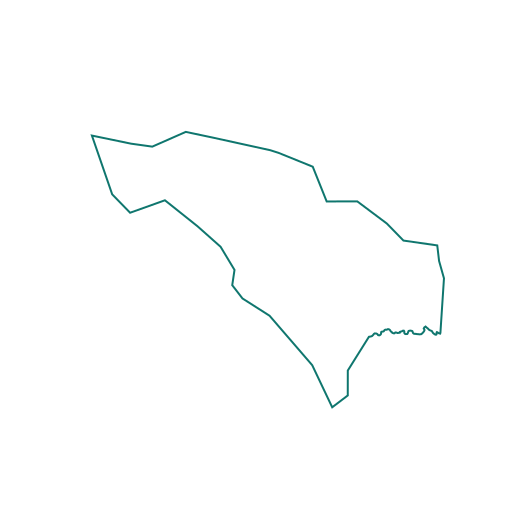 the district of Xujirt, Övörhangay, Mongolia, rotated 205°
{"feature_id": "93677404B44438011244010", "entity_name": "Xujirt", "entity_type": "district", "adm_level": 2, "iso_a3": "MNG", "parent_name": "Mongolia", "parent_adm1": "Övörhangay", "projection": "natural_earth1", "projection_center": [102.533, 46.906], "detail": "fine", "context": "isolated", "style": "outline", "palette": "teal", "viewbox_px": 512, "rotation_deg": 205, "n_neighbors": 0, "source": "geoboundaries", "source_scale": "gbopen_adm2", "svg_char_len": 1937}
<svg xmlns="http://www.w3.org/2000/svg" viewBox="0 0 512 512"><g transform="rotate(205 256 256)"><path d="M96.2,342.2L128.9,332.3L151.1,340.7L187.3,348.3L215.0,335.3L242.3,360.9L279.2,359.0L287.8,357.9L345.4,345.0L372.1,338.8L396.2,311.3L416.7,305.0L455.6,295.8L412.4,251.1L388.4,242.0L362.1,268.0L322.3,258.4L322.2,258.4L292.0,249.4L269.6,234.3L265.2,219.5L250.3,211.8L218.5,207.6L158.9,180.8L123.0,151.1L113.9,168.4L124.4,191.0L122.4,207.2L119.5,230.5L117.9,231.6L117.0,232.5L116.4,234.1L116.2,235.2L115.7,236.0L114.9,236.3L114.1,236.6L113.1,236.5L112.7,236.4L111.9,235.9L111.3,236.0L110.7,236.2L110.4,236.5L110.0,237.2L109.8,238.0L109.9,238.7L110.2,239.4L110.4,239.9L110.1,240.5L109.6,240.8L109.2,241.1L108.7,241.4L108.4,241.8L108.2,243.1L107.9,243.6L107.5,244.0L106.4,244.4L105.6,245.4L104.8,245.7L104.1,245.7L103.3,245.5L102.8,245.2L102.3,244.8L101.9,244.6L101.6,244.5L101.1,244.5L100.5,244.3L100.1,244.0L99.5,244.0L98.6,244.1L98.2,244.2L97.8,244.5L97.6,245.1L97.4,245.6L97.0,245.8L96.5,245.9L95.8,246.0L95.2,246.0L94.8,246.2L94.0,246.9L93.8,247.1L93.5,247.1L93.3,247.2L93.2,247.3L93.2,247.6L93.3,247.9L93.4,248.1L92.9,248.6L92.2,249.2L91.7,249.7L91.3,250.4L90.7,250.7L90.5,250.8L90.1,250.6L89.7,250.3L89.4,249.7L89.2,249.1L88.9,248.8L88.1,248.4L87.3,248.5L86.6,248.9L86.0,249.2L85.8,249.8L85.9,250.7L86.0,251.9L86.0,252.5L85.5,253.0L84.4,253.7L83.4,253.9L82.6,254.0L82.1,253.6L81.5,252.9L81.0,252.5L80.5,252.4L80.1,252.3L79.6,252.4L79.1,252.6L78.7,252.7L78.3,253.0L77.2,253.2L76.0,253.7L74.9,254.0L74.0,254.5L73.2,255.0L72.7,256.0L72.3,257.2L72.0,258.3L71.9,259.3L72.0,260.1L72.4,260.6L73.3,261.1L73.3,261.9L73.2,262.6L72.8,263.1L72.5,263.7L70.9,263.2L69.5,262.9L68.1,262.3L67.0,262.2L64.9,262.3L63.6,261.4L62.9,261.0L61.7,260.7L60.4,260.5L59.6,260.7L59.3,261.2L60.0,263.1L59.9,263.5L59.2,263.5L58.2,263.3L57.3,263.3L56.3,263.5L56.4,264.3L76.2,315.2L88.0,328.9L96.2,342.2Z" fill="none" stroke="#0f766e" stroke-width="2"/></g></svg>